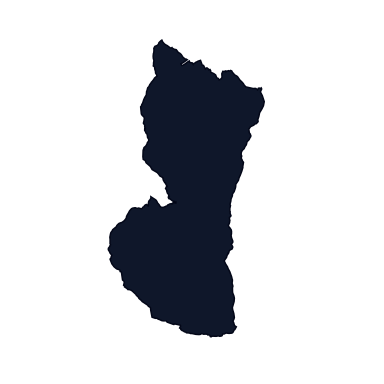 Otesani, Vâlcea, Romania (Mercator projection), rotated 36°
{"feature_id": "2599482B27410059128646", "entity_name": "Otesani", "entity_type": "district", "adm_level": 2, "iso_a3": "ROU", "parent_name": "Romania", "parent_adm1": "Vâlcea", "projection": "mercator", "projection_center": [24.032, 45.056], "detail": "fine", "context": "isolated", "style": "filled", "palette": "ink", "viewbox_px": 384, "rotation_deg": 36, "n_neighbors": 0, "source": "geoboundaries", "source_scale": "gbopen_adm2", "svg_char_len": 5995}
<svg xmlns="http://www.w3.org/2000/svg" viewBox="0 0 384 384"><g transform="rotate(36 192 192)"><path d="M307.6,281.4L307.2,279.0L307.5,278.1L307.1,275.0L304.9,275.1L302.5,273.2L300.9,272.3L300.8,270.8L300.1,268.7L297.2,265.7L294.2,263.4L292.6,261.8L290.5,256.0L288.7,253.0L286.9,251.4L284.5,249.9L283.7,249.2L281.1,245.8L280.4,244.1L278.0,242.2L276.9,240.1L276.1,239.1L274.9,238.3L274.3,237.6L269.3,234.2L266.3,232.8L264.7,231.7L261.6,230.5L258.7,228.9L258.5,228.4L258.4,227.1L258.4,224.7L257.7,222.9L257.5,221.2L257.6,220.7L257.1,220.2L257.4,219.9L257.1,219.6L257.3,219.2L256.8,218.1L256.8,217.4L257.0,216.2L257.9,214.7L257.8,214.0L257.4,212.7L257.0,212.3L254.3,211.0L254.6,210.2L254.5,208.6L253.8,207.7L251.0,205.9L249.2,204.2L248.5,202.6L247.1,200.6L246.0,199.6L243.6,198.7L242.3,198.5L240.8,197.4L240.8,196.1L240.2,194.3L239.6,193.4L239.5,192.9L238.1,191.7L237.3,190.6L237.6,188.8L237.5,188.3L235.3,186.8L234.4,185.4L233.7,185.0L232.3,183.1L231.1,180.3L230.0,179.7L228.8,176.6L227.7,174.7L226.9,171.3L226.2,170.5L225.9,169.2L225.9,167.0L224.8,163.4L224.3,162.2L222.9,160.0L222.7,155.3L221.7,152.8L221.2,150.2L220.1,146.1L218.8,142.4L218.1,141.5L216.2,137.7L214.5,137.2L213.9,136.7L211.9,135.7L211.4,134.5L211.1,134.4L211.3,134.1L211.0,133.6L209.8,132.9L208.7,131.2L208.2,128.9L208.7,126.3L208.2,124.1L208.2,121.9L207.0,119.0L207.0,118.1L207.3,117.5L207.4,116.0L207.0,113.9L207.0,112.7L206.4,111.7L205.7,111.4L205.2,110.9L203.7,110.5L201.0,107.8L201.0,105.0L201.2,104.3L202.7,101.6L202.8,100.2L203.8,99.0L204.1,97.2L204.1,96.2L202.6,94.6L201.8,91.9L200.1,88.1L199.7,83.6L199.1,80.2L197.3,76.4L192.2,72.7L188.8,71.0L188.2,69.8L188.0,68.2L187.7,67.6L187.0,67.2L187.0,67.6L185.9,68.0L184.7,69.0L185.0,70.9L182.7,70.7L180.5,72.4L173.8,75.3L171.3,74.8L169.8,74.1L167.5,73.6L165.0,73.3L161.0,71.9L160.0,71.9L157.3,72.2L155.8,71.6L154.7,71.6L153.0,70.7L151.7,71.0L151.2,72.2L150.2,72.4L150.0,72.9L149.2,73.5L148.9,74.6L148.4,74.2L148.0,74.3L147.9,75.0L147.4,75.1L147.1,75.7L146.0,76.2L146.6,78.8L148.9,81.6L149.0,83.1L148.3,85.1L148.0,85.4L146.5,84.7L145.4,85.0L144.6,84.9L142.3,83.4L140.0,83.4L136.7,84.1L135.9,83.0L134.6,82.3L133.7,83.3L133.2,82.9L131.1,82.8L130.7,83.5L130.5,84.7L126.9,82.8L125.8,83.4L121.5,80.5L119.9,82.7L119.5,83.7L118.8,84.8L118.6,85.7L118.2,86.7L117.9,87.6L118.0,88.1L117.2,87.8L116.6,87.3L114.0,88.5L112.8,87.6L112.2,88.9L110.7,93.6L109.6,95.6L108.7,95.4L107.6,94.7L108.7,93.0L110.4,87.8L109.1,87.9L108.5,88.4L105.5,88.3L102.4,87.1L100.4,86.9L99.1,87.2L95.6,86.1L93.6,87.0L91.6,87.2L90.9,86.9L90.6,87.7L89.8,88.2L85.9,88.1L84.0,88.4L82.7,88.4L80.3,87.9L78.3,86.8L77.9,88.0L77.5,90.4L77.5,90.8L77.9,91.6L77.9,93.1L77.5,94.3L76.4,95.9L76.5,97.4L76.9,98.6L77.6,99.2L79.1,101.6L79.4,102.7L80.7,104.9L82.1,106.6L84.0,108.1L85.0,110.2L85.9,111.4L86.6,112.8L87.5,112.7L88.4,113.0L89.6,114.4L91.8,116.1L92.5,117.1L94.5,118.0L95.7,119.0L95.1,120.2L94.7,122.0L94.9,123.2L94.8,126.1L94.6,127.1L94.8,128.2L94.7,129.8L95.2,132.3L94.9,133.5L95.4,135.1L95.9,136.0L96.1,137.2L98.0,140.4L98.2,143.2L98.7,145.7L99.8,149.0L100.0,150.9L100.5,152.0L100.4,152.7L100.4,153.3L105.1,158.6L106.4,159.2L109.0,159.6L109.9,160.1L111.2,162.4L112.2,164.9L114.8,165.9L115.3,167.0L115.7,167.3L116.4,167.4L117.0,168.2L116.5,168.5L117.4,169.9L119.2,170.7L120.0,171.3L121.8,171.7L124.1,174.1L125.6,174.6L126.5,175.4L126.9,176.3L126.9,178.4L127.5,180.0L127.5,181.0L127.6,182.1L127.1,184.0L127.1,184.5L127.8,185.5L127.5,185.4L127.5,185.7L128.0,187.1L131.6,192.4L133.4,194.3L135.6,194.0L137.7,195.3L143.3,195.8L146.6,197.3L152.4,196.7L154.7,197.2L156.5,197.9L159.0,197.6L160.7,197.8L160.7,198.3L161.9,199.3L164.6,200.5L165.0,200.2L166.9,201.4L167.4,201.4L168.5,202.1L168.1,202.3L168.6,204.8L170.6,205.4L170.7,205.8L172.6,207.3L174.7,207.9L175.6,209.1L176.2,209.1L176.2,209.3L175.9,209.8L176.3,210.1L176.1,210.3L176.5,210.6L176.7,210.2L177.5,210.9L178.0,210.5L181.5,210.7L182.2,210.5L182.5,210.2L183.3,210.1L183.5,209.9L184.3,209.9L184.9,209.5L185.5,210.6L184.4,211.2L183.0,211.2L183.2,211.7L182.9,212.2L183.2,212.7L182.3,213.4L182.5,213.6L181.9,213.8L180.8,215.1L180.6,216.0L180.0,216.7L179.9,218.2L179.2,218.9L179.0,219.5L177.8,221.3L176.7,222.1L175.6,222.5L174.7,222.4L172.8,221.6L170.6,221.1L169.0,220.2L167.4,219.7L161.5,220.0L162.3,221.0L162.6,222.7L162.4,224.4L162.7,225.5L163.3,226.7L164.8,228.6L164.9,229.0L163.9,229.2L162.8,228.7L162.4,228.9L161.7,230.3L161.6,231.4L161.9,232.2L161.4,232.7L161.2,233.3L161.3,234.8L161.1,235.3L158.3,236.3L157.3,237.5L155.3,238.1L153.5,239.9L152.9,241.0L152.7,242.4L152.6,244.3L152.9,246.0L153.1,248.4L153.4,250.2L154.2,251.9L154.1,254.9L153.3,257.6L151.5,260.1L151.2,261.2L150.9,263.2L151.2,264.5L150.0,269.1L150.3,270.7L150.2,272.4L150.6,273.6L152.1,276.8L153.6,278.5L156.1,282.0L157.2,282.6L157.2,283.7L157.5,284.8L157.4,286.4L157.8,287.4L158.6,288.1L160.2,288.7L161.9,289.7L164.3,290.2L164.8,292.2L165.4,293.5L165.1,294.3L165.3,294.6L169.4,297.2L172.9,298.3L176.2,298.5L179.0,297.6L179.8,297.7L180.6,298.6L181.9,298.2L187.5,304.0L189.7,304.2L190.6,305.5L191.5,307.7L193.2,307.8L193.3,308.4L196.0,308.3L197.6,308.6L198.3,308.0L199.7,307.4L201.6,307.2L206.9,307.8L207.7,308.3L209.6,308.5L211.0,308.8L211.6,309.3L214.6,309.5L216.1,309.9L222.6,309.6L223.9,310.1L226.1,309.9L226.4,310.0L228.3,312.1L233.3,316.8L235.8,316.0L235.7,315.6L236.8,315.6L238.0,314.7L239.1,314.8L241.1,314.2L243.0,313.9L244.2,313.3L246.8,311.5L247.4,311.5L248.3,311.9L254.9,310.0L255.3,309.7L255.3,309.0L260.9,306.6L261.6,307.1L261.9,309.3L263.4,309.2L263.7,309.5L263.8,309.8L265.5,309.9L266.7,309.5L268.0,309.6L269.1,309.0L270.2,309.2L272.8,307.6L273.9,307.4L275.4,306.4L278.8,304.9L281.5,303.2L282.7,302.0L282.7,301.3L283.1,300.8L285.1,300.2L285.8,299.5L287.0,298.6L288.6,298.0L288.9,298.3L289.6,297.7L290.6,297.4L291.2,297.6L291.7,298.2L292.5,298.0L292.7,297.7L292.6,297.4L293.4,296.5L296.3,294.6L297.9,292.9L299.3,292.4L300.7,290.9L300.7,290.1L300.3,288.9L301.5,287.9L302.4,286.1L305.1,284.6L307.2,282.7L307.5,282.1L307.6,281.4Z" fill="#0f172a" stroke="#020617" stroke-width="1.5"/></g></svg>